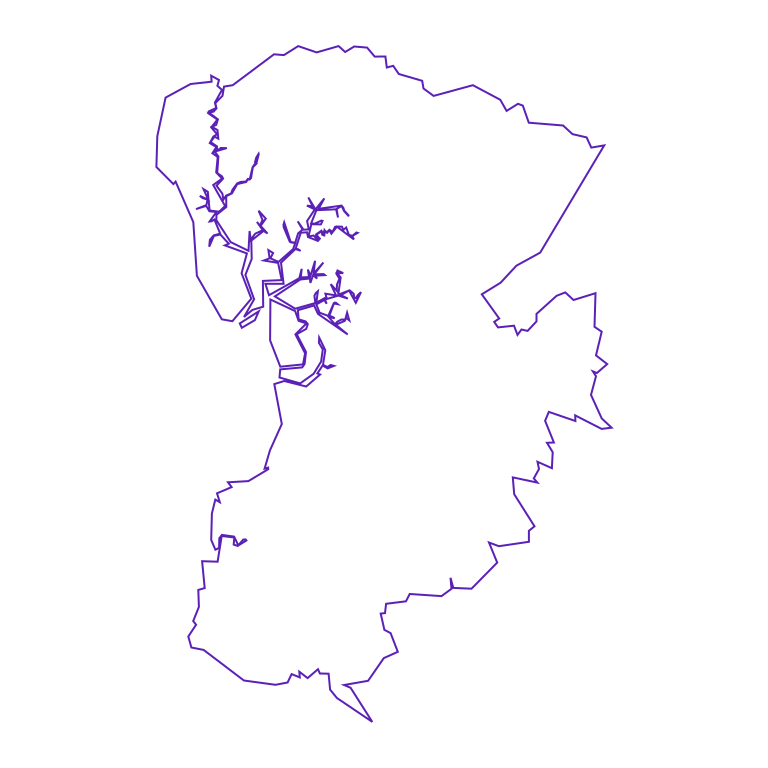 outline of Naranjal, Guayas, Ecuador
{"feature_id": "8360857B52535355247444", "entity_name": "Naranjal", "entity_type": "district", "adm_level": 2, "iso_a3": "ECU", "parent_name": "Ecuador", "parent_adm1": "Guayas", "projection": "robinson", "projection_center": [-79.674, -2.573], "detail": "fine", "context": "isolated", "style": "outline", "palette": "violet", "viewbox_px": 768, "rotation_deg": 0, "n_neighbors": 0, "source": "geoboundaries", "source_scale": "gbopen_adm2", "svg_char_len": 6101}
<svg xmlns="http://www.w3.org/2000/svg" viewBox="0 0 768 768"><path d="M372.3,721.9L350.6,687.8L344.1,685.0L368.1,680.8L383.8,658.1L397.8,651.8L390.6,633.1L384.4,629.9L380.7,613.6L385.0,613.1L386.1,603.8L406.0,601.3L409.7,594.0L441.5,596.1L451.5,588.8L450.5,577.8L453.3,587.9L471.5,588.7L497.2,562.6L489.0,542.5L498.9,546.2L528.9,541.8L528.9,530.8L534.5,526.3L514.2,494.2L512.8,477.4L537.4,482.6L533.8,478.4L539.0,469.0L537.5,461.8L551.9,468.2L552.7,452.2L547.0,442.8L553.9,442.5L545.1,420.8L548.8,411.9L575.4,421.0L575.2,415.4L601.6,428.9L611.6,427.7L601.7,418.4L591.0,394.9L596.0,376.2L592.9,371.4L596.9,373.0L607.2,364.1L596.0,355.4L601.7,331.7L594.5,326.8L595.5,293.2L573.5,300.0L565.3,292.4L556.6,295.8L536.5,313.9L536.5,321.4L527.6,330.9L521.5,329.5L517.5,334.9L514.0,325.7L498.0,327.4L494.2,321.9L499.2,318.5L481.8,294.3L500.6,282.7L516.4,265.7L540.2,252.6L604.2,145.4L591.3,147.6L586.6,137.4L572.4,134.1L563.1,125.5L528.8,122.7L522.8,105.6L518.0,103.8L506.6,110.9L500.3,99.8L472.9,85.2L433.6,95.9L423.5,88.5L422.2,80.8L398.8,74.0L393.2,65.8L386.8,67.5L385.4,56.5L374.7,56.6L367.1,47.6L354.2,46.5L345.2,52.0L338.6,46.1L316.6,52.4L298.2,46.1L283.9,55.1L274.0,54.3L232.7,85.2L224.0,86.6L222.5,95.8L215.3,103.1L216.5,108.4L213.5,111.7L208.8,112.5L217.9,119.4L216.2,124.9L211.9,126.8L217.5,130.1L218.3,138.7L214.6,136.6L210.5,142.0L217.0,146.4L216.8,148.9L212.9,153.0L214.8,151.1L218.0,149.4L220.0,149.2L220.6,148.0L226.8,148.1L214.8,151.6L218.4,156.5L217.2,173.0L222.0,176.4L223.1,178.6L216.5,185.7L222.4,193.7L223.4,199.6L226.1,195.6L231.1,193.5L232.5,189.7L237.2,183.4L240.7,181.9L245.8,181.6L247.9,178.9L249.8,179.1L252.6,167.2L254.5,164.4L256.1,163.6L255.2,162.9L255.0,162.1L256.2,157.7L258.6,153.8L258.7,154.3L256.3,163.8L252.8,167.3L251.0,178.1L249.7,179.5L247.7,179.6L246.1,182.0L237.2,184.1L232.0,193.3L226.2,196.2L226.3,207.0L216.5,214.8L216.3,220.1L230.7,242.1L248.5,250.8L249.6,231.0L250.7,239.7L255.2,233.7L262.8,230.2L256.9,221.9L260.0,225.6L262.5,219.9L258.6,210.7L265.8,218.6L260.6,225.9L267.5,233.5L263.6,230.9L251.3,240.6L251.7,258.9L245.4,274.9L254.1,299.3L244.0,317.0L252.4,309.9L263.2,306.7L262.9,280.9L281.7,280.1L278.1,262.9L263.9,260.5L269.6,258.3L268.4,250.1L273.1,253.0L270.4,258.3L278.5,261.9L293.1,249.1L295.2,243.1L290.7,242.3L289.7,241.6L283.7,227.2L283.5,224.6L284.2,222.3L290.7,242.0L295.2,242.7L298.1,233.4L302.6,229.5L297.7,221.3L303.5,229.7L308.8,229.4L307.1,221.0L314.8,209.4L306.9,205.6L312.6,206.3L308.3,197.4L315.5,209.4L324.3,198.4L318.6,208.8L341.6,205.6L343.4,207.9L344.2,210.6L348.3,215.0L348.8,216.3L344.2,211.2L341.6,206.0L336.6,208.9L338.0,217.5L336.1,209.3L316.4,210.2L311.1,223.4L314.7,223.7L321.3,220.6L322.5,220.9L320.9,224.4L311.3,224.2L308.5,236.5L313.6,235.5L318.1,240.5L319.4,238.6L317.3,238.1L316.1,235.4L316.2,234.3L321.5,230.7L323.5,235.1L324.3,234.6L323.7,232.7L324.1,231.1L324.7,230.3L326.7,232.4L329.4,229.8L332.6,231.8L335.1,226.8L336.5,226.5L342.0,226.7L343.3,230.0L346.2,227.5L348.9,234.9L352.5,235.8L356.4,232.5L357.6,232.9L352.3,236.0L353.9,239.4L336.9,226.7L331.4,233.7L329.3,230.1L327.2,232.8L325.6,232.3L324.6,230.6L324.3,235.4L322.3,234.8L321.4,231.4L316.3,234.7L319.8,238.7L317.9,240.9L308.0,237.0L307.0,232.3L300.8,232.7L295.7,248.5L297.8,249.1L300.6,250.8L295.5,249.0L281.0,262.7L283.6,283.8L265.4,283.8L269.0,295.2L299.3,278.2L301.7,268.8L300.8,277.4L309.0,277.1L307.9,269.5L310.5,275.8L315.1,260.8L313.6,273.6L323.4,262.5L314.2,274.3L323.7,274.1L324.9,275.1L315.6,275.7L317.0,278.6L313.1,275.1L310.4,282.9L309.9,278.5L300.3,279.5L274.9,296.4L295.2,308.7L315.4,303.0L314.4,295.8L315.7,293.2L317.9,291.2L316.3,302.7L326.4,297.2L325.4,293.7L336.1,295.4L330.7,284.1L336.7,290.7L337.0,284.5L339.4,278.6L336.3,273.6L337.5,270.5L343.2,273.1L337.2,273.1L340.7,277.5L338.2,294.7L349.6,290.3L353.6,293.7L354.0,295.4L353.2,296.5L355.8,298.2L357.7,295.2L361.0,292.1L355.8,302.8L349.1,290.6L340.8,295.1L347.9,298.6L338.4,295.6L325.0,299.5L326.6,303.8L324.4,300.0L316.3,304.4L319.6,312.7L328.3,315.9L333.8,303.2L334.7,302.6L336.0,302.8L337.7,304.2L333.9,303.5L329.3,315.8L331.5,316.5L333.9,317.7L334.6,318.3L328.5,316.8L334.9,324.3L337.3,321.7L341.4,319.5L345.2,319.6L347.1,312.6L349.3,320.4L346.0,317.8L344.8,320.9L335.8,324.7L347.7,334.5L318.0,313.9L314.1,305.5L297.9,310.2L298.6,319.3L305.6,321.4L307.8,324.1L306.2,328.9L296.7,334.2L306.0,352.0L304.6,364.0L302.2,367.4L280.2,369.4L279.5,377.5L300.2,383.4L313.6,373.8L321.1,361.6L322.8,349.5L318.9,342.8L319.2,337.6L325.3,350.2L323.0,364.8L327.3,367.0L330.6,365.0L333.9,365.9L327.6,368.4L322.6,365.5L317.4,373.4L320.1,374.5L306.2,386.5L284.2,381.0L274.3,384.1L281.8,424.0L269.9,450.5L264.6,468.6L268.1,467.6L268.2,469.2L248.4,481.1L228.0,482.3L231.6,487.1L217.0,493.3L219.8,502.2L215.3,499.6L211.9,513.5L211.2,539.9L215.4,549.7L219.1,547.9L219.3,538.3L221.9,534.9L234.1,536.6L238.3,545.3L243.2,539.6L245.6,539.4L246.4,540.5L237.6,545.9L233.7,544.6L234.3,537.5L221.7,536.0L217.6,561.7L202.1,561.2L204.7,588.1L198.3,589.9L198.9,606.9L193.2,621.1L196.1,624.7L188.3,636.5L191.4,647.5L203.6,649.9L243.9,680.5L275.5,684.8L287.6,682.5L291.6,674.1L299.8,677.4L299.3,671.7L307.6,678.1L318.0,669.2L319.9,673.5L328.6,673.7L330.1,689.6L336.9,698.0L372.3,721.9ZM165.6,97.6L157.3,136.2L156.4,167.0L173.4,184.1L175.6,181.6L193.3,222.1L196.9,275.8L221.8,319.3L232.4,321.2L251.3,298.7L241.6,273.3L246.9,253.4L224.9,245.4L228.8,243.7L220.3,234.5L213.9,235.9L209.2,246.7L209.9,239.8L213.7,235.4L220.2,233.6L214.4,219.5L211.6,221.3L209.6,221.5L216.5,211.9L209.4,211.3L206.2,205.9L196.0,209.1L206.4,205.1L207.5,199.6L202.7,198.1L199.8,195.9L208.3,199.8L203.5,189.1L207.8,191.8L209.6,210.5L219.2,211.7L225.1,206.0L213.2,185.0L222.1,178.6L216.2,172.4L217.7,157.0L212.4,153.2L216.4,147.0L209.8,143.1L213.3,136.6L217.1,134.2L211.2,127.4L217.4,119.6L208.2,113.2L209.0,111.3L216.2,108.0L214.9,102.6L222.0,89.9L217.4,85.8L219.0,80.0L211.2,75.7L211.6,81.7L190.6,84.0L165.6,97.6ZM303.0,364.4L305.1,353.3L295.4,334.4L306.5,323.4L298.6,320.9L295.2,311.1L270.4,299.5L270.1,340.4L280.3,366.7L303.0,364.4ZM241.8,327.8L254.9,320.1L258.7,311.4L239.8,323.4L241.8,327.8Z" fill="none" stroke="#5b21b6" stroke-width="2"/></svg>